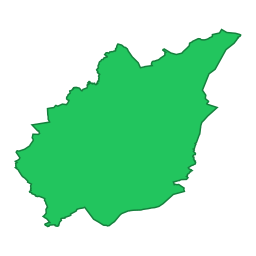 the district of Bebrenes pag., Ilukstes, Latvia
{"feature_id": "27541924B36563614052180", "entity_name": "Bebrenes pag.", "entity_type": "district", "adm_level": 2, "iso_a3": "LVA", "parent_name": "Latvia", "parent_adm1": "Ilukstes", "projection": "equal_earth", "projection_center": [26.104, 56.053], "detail": "fine", "context": "isolated", "style": "filled", "palette": "green", "viewbox_px": 256, "rotation_deg": 0, "n_neighbors": 0, "source": "geoboundaries", "source_scale": "gbopen_adm2", "svg_char_len": 5528}
<svg xmlns="http://www.w3.org/2000/svg" viewBox="0 0 256 256"><path d="M47.5,108.6L47.8,114.7L48.2,116.7L48.2,119.3L49.5,121.6L49.6,122.1L32.0,124.9L37.7,130.9L38.6,130.8L39.6,133.5L38.3,134.4L33.0,134.2L32.2,137.8L33.1,139.2L33.2,140.6L30.2,144.8L29.8,145.8L24.5,149.3L19.0,151.1L18.6,151.1L17.5,150.8L16.7,151.1L16.2,152.3L19.9,157.7L19.4,159.0L17.5,160.4L15.4,161.3L17.0,162.6L15.6,163.3L15.9,164.4L15.8,165.8L16.0,167.0L16.4,167.4L15.5,167.7L18.4,170.0L18.7,170.8L19.9,172.7L21.7,175.5L22.6,176.6L24.8,178.1L27.8,181.1L27.6,182.1L31.4,184.1L30.6,185.9L30.9,187.8L30.8,188.2L31.0,188.5L30.7,189.0L30.8,189.7L30.7,189.8L31.0,190.3L30.7,190.4L30.4,190.9L29.6,191.4L29.5,191.6L29.7,192.1L30.1,192.4L31.6,192.6L31.8,193.2L31.8,193.5L32.1,193.8L35.3,194.9L35.4,195.1L35.2,195.4L35.5,195.9L36.2,196.3L36.8,196.2L37.2,196.5L38.1,196.5L38.9,196.2L43.9,198.1L44.2,198.5L44.8,198.6L44.5,200.3L45.7,202.2L45.9,203.5L46.0,203.9L46.5,204.4L47.3,206.5L47.4,207.3L47.0,207.4L46.8,208.2L46.0,209.2L46.2,213.2L44.0,215.8L43.1,216.4L45.0,217.8L46.2,218.4L47.3,219.3L49.8,222.5L48.6,222.5L47.8,222.8L47.2,223.2L45.1,224.0L44.9,224.5L45.1,224.9L45.6,225.3L46.6,225.7L47.6,226.5L49.0,226.2L49.1,225.5L49.9,225.1L53.2,224.8L54.9,224.8L55.2,225.0L55.1,225.6L55.4,225.8L56.4,226.1L57.7,226.2L58.7,225.6L58.7,225.3L58.5,224.9L58.6,224.5L59.0,224.3L59.6,222.1L61.4,220.3L61.3,220.0L60.8,219.2L60.9,218.9L61.2,218.5L62.5,218.2L64.9,218.1L64.9,217.4L69.9,215.7L70.2,215.3L70.8,215.1L70.6,214.0L74.8,211.8L76.4,210.8L76.7,209.5L77.5,209.1L79.6,208.5L83.3,207.9L84.7,207.3L93.6,219.2L98.7,222.1L103.4,225.1L104.7,225.3L106.4,225.3L107.4,225.9L108.3,225.7L109.2,225.6L112.0,223.3L114.5,221.6L119.8,215.2L121.6,213.6L128.3,210.9L129.8,210.8L130.2,210.6L133.9,210.2L140.9,210.0L143.3,209.3L148.3,208.6L151.5,207.9L154.7,207.6L158.9,206.4L163.1,203.6L173.3,194.4L184.4,191.4L183.7,189.1L184.1,188.1L178.7,184.5L176.9,184.7L174.4,184.1L174.2,184.4L173.4,182.0L174.4,181.8L178.8,180.5L179.3,180.6L179.6,180.3L181.2,179.6L186.5,179.4L188.0,177.7L186.7,176.6L187.1,176.5L187.3,176.2L187.1,175.8L187.3,175.7L187.3,175.2L187.5,175.0L187.4,174.5L188.1,173.8L188.9,173.5L189.6,172.3L190.5,171.8L190.3,171.4L192.1,170.6L191.3,170.0L191.3,169.8L190.9,169.7L189.3,169.1L188.8,168.4L188.5,168.3L188.3,167.7L191.6,165.5L193.1,165.1L193.9,164.5L195.2,164.0L195.6,162.6L194.8,161.6L195.3,161.1L194.1,160.2L194.1,159.6L193.6,159.1L193.9,158.6L193.9,157.2L192.9,156.9L192.8,156.7L192.7,156.2L194.3,154.5L195.3,154.5L195.4,153.9L195.4,153.3L193.4,151.3L194.3,150.1L193.3,149.1L194.3,148.7L195.2,145.6L195.8,144.4L195.1,143.4L196.3,142.8L199.0,135.4L199.8,133.9L199.6,133.3L199.9,132.9L200.4,128.6L200.7,126.8L200.6,126.2L201.8,122.4L204.6,119.5L207.6,116.1L217.2,107.5L207.1,104.2L206.8,103.6L206.9,103.4L208.5,101.7L208.5,101.3L205.4,98.7L205.4,97.5L205.8,95.2L202.4,90.2L209.0,73.8L215.1,69.3L226.0,49.6L234.0,43.3L236.8,39.7L237.6,38.2L238.2,38.0L238.3,37.5L238.1,37.2L239.9,36.4L240.6,35.4L240.6,34.9L239.5,34.4L235.5,33.3L226.8,32.5L221.6,29.5L219.5,33.0L212.4,34.6L212.3,36.6L209.3,37.9L208.8,38.5L206.6,39.4L204.6,39.9L202.9,39.9L201.1,39.7L200.1,38.8L198.2,38.7L192.5,41.4L192.3,41.8L189.6,43.2L189.3,45.7L186.8,48.3L183.5,51.3L181.8,53.2L176.3,54.5L170.9,53.0L164.3,49.0L163.1,49.5L162.8,50.1L165.3,52.1L165.0,52.1L164.8,55.3L160.4,58.2L159.4,59.3L158.4,59.7L157.9,60.1L157.1,60.2L154.4,61.2L153.5,61.2L152.7,61.4L152.0,62.1L151.5,63.7L151.4,64.2L151.6,64.7L152.2,65.6L144.8,66.6L144.6,66.8L140.4,67.7L138.2,62.8L133.1,57.7L132.4,57.1L128.2,51.0L127.3,48.9L126.3,48.2L125.7,47.5L124.2,47.2L121.7,45.1L117.9,44.0L117.5,44.6L116.7,46.3L116.8,47.1L116.5,47.8L115.6,48.6L115.8,49.3L115.4,49.9L115.3,50.1L115.6,50.7L115.5,50.8L114.5,51.1L113.9,51.1L112.8,51.7L111.8,51.6L111.0,51.8L109.7,52.0L109.4,52.6L109.0,52.8L108.7,53.2L107.6,52.7L106.1,52.8L105.7,53.4L105.3,53.8L105.3,54.1L104.7,54.5L105.2,55.1L106.0,55.4L106.1,55.5L106.1,55.8L107.0,56.3L106.7,56.8L107.0,57.0L106.8,57.2L106.3,57.1L105.6,57.5L105.4,57.4L105.0,57.7L104.1,57.7L103.9,58.3L103.1,59.5L102.3,59.4L101.7,59.7L101.4,60.0L101.0,60.8L99.9,61.6L99.4,62.1L98.9,63.6L99.1,64.1L99.0,64.3L98.3,65.1L98.1,65.6L98.1,66.2L98.4,68.0L97.5,68.5L97.3,69.1L96.6,69.8L97.1,70.8L97.8,71.4L97.9,71.9L97.5,72.4L97.5,72.6L97.9,72.8L98.2,73.3L98.5,73.4L98.8,73.9L99.3,73.9L99.6,74.1L99.7,74.5L98.5,76.1L99.2,77.4L98.7,78.2L99.0,79.0L98.7,79.9L98.6,80.0L98.6,80.4L98.5,80.5L98.7,80.9L98.4,81.0L98.5,81.1L98.2,81.3L98.4,81.4L98.2,81.4L98.2,81.5L97.9,81.8L97.5,82.0L97.3,82.4L97.2,82.7L97.4,83.2L97.2,83.3L97.4,83.5L96.9,83.6L96.7,84.2L96.3,84.2L96.3,84.5L95.9,84.7L94.6,83.9L94.5,83.3L94.3,83.4L94.4,83.6L93.1,83.5L92.8,83.9L92.4,83.6L91.9,83.5L91.9,83.4L91.7,83.3L91.9,83.2L91.2,83.1L91.1,83.3L90.8,83.1L90.5,83.2L90.0,83.1L90.1,82.9L89.6,82.6L89.9,82.2L89.7,82.1L89.8,81.9L89.7,81.6L89.0,81.5L88.9,81.6L88.9,81.8L88.7,82.0L88.8,82.1L88.6,82.2L88.1,82.6L88.8,83.0L88.7,83.2L89.2,83.3L89.4,83.4L88.8,83.8L88.9,84.0L88.8,84.3L87.8,84.2L87.9,84.6L87.2,84.9L87.1,85.2L87.6,85.8L87.0,87.9L83.0,89.4L82.2,90.7L82.1,90.8L81.8,90.8L81.3,90.5L79.4,88.2L79.1,88.1L77.3,87.6L77.0,87.8L76.5,87.4L75.6,87.7L75.3,87.6L75.3,87.4L74.8,87.4L74.2,87.7L73.6,87.7L73.4,88.0L73.6,88.1L73.1,88.5L73.4,88.7L73.0,89.0L72.9,89.4L72.2,89.6L71.6,90.4L71.3,90.6L70.1,90.7L69.7,91.0L70.2,93.0L70.0,93.4L68.1,94.7L68.0,95.5L67.1,96.9L66.7,97.1L66.6,98.9L67.4,99.7L68.1,100.1L68.9,100.3L68.9,100.7L67.9,102.8L66.4,104.6L62.4,104.1L57.8,106.2L56.2,105.5L55.6,105.5L53.9,107.6L50.7,108.0L47.5,108.6Z" fill="#22c55e" stroke="#15803d" stroke-width="1.5"/></svg>